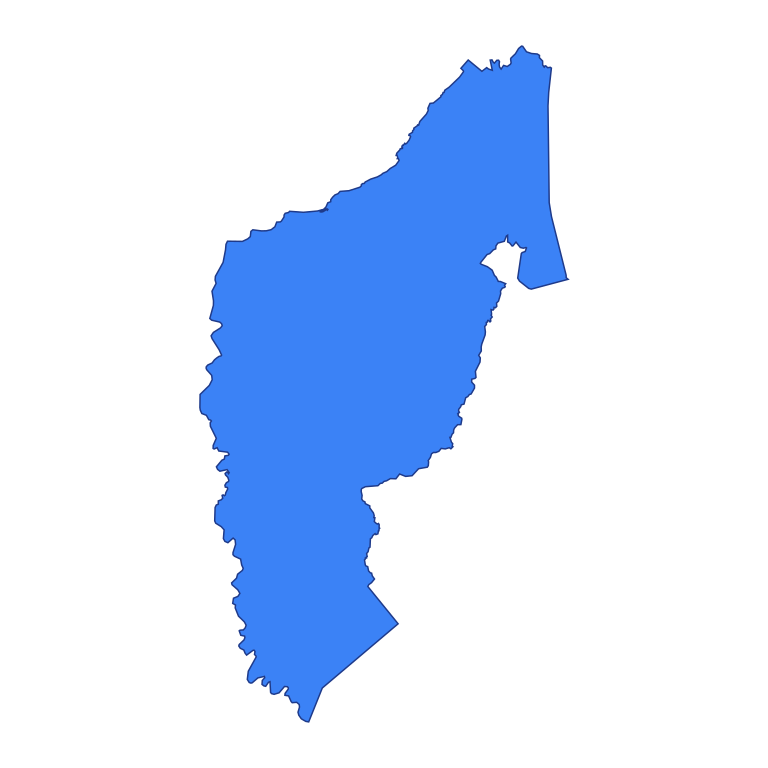 Chagres, Colón, Panama
{"feature_id": "35544464B20659112060965", "entity_name": "Chagres", "entity_type": "district", "adm_level": 2, "iso_a3": "PAN", "parent_name": "Panama", "parent_adm1": "Colón", "projection": "natural_earth1", "projection_center": [-80.103, 9.121], "detail": "fine", "context": "isolated", "style": "filled", "palette": "blue", "viewbox_px": 768, "rotation_deg": 0, "n_neighbors": 0, "source": "geoboundaries", "source_scale": "gbopen_adm2", "svg_char_len": 6082}
<svg xmlns="http://www.w3.org/2000/svg" viewBox="0 0 768 768"><path d="M305.8,721.4L308.7,721.9L322.3,688.0L398.1,623.8L367.8,586.5L368.8,584.6L371.5,582.7L374.5,579.0L372.3,575.9L371.6,573.1L370.4,572.9L368.6,571.0L367.7,566.6L366.0,566.0L365.3,564.9L364.5,559.9L365.3,559.1L365.4,557.9L366.5,558.0L366.5,556.9L367.2,556.6L366.6,553.5L368.1,551.7L368.9,548.0L370.0,547.2L370.4,538.8L371.8,537.7L372.8,535.5L375.1,533.6L375.9,534.6L377.9,533.8L378.4,530.8L378.9,530.8L379.1,528.8L379.7,528.2L379.1,527.5L379.2,524.7L378.5,523.5L377.7,524.0L376.5,523.6L374.3,521.6L374.9,517.7L373.8,517.6L374.2,515.6L373.4,512.9L369.8,507.9L369.8,505.9L365.3,503.6L364.9,501.8L363.1,501.0L361.7,499.1L362.1,495.4L361.2,491.6L361.3,489.4L361.8,488.5L365.4,486.7L377.9,485.7L380.3,483.4L382.3,483.1L384.0,481.4L386.6,480.8L390.4,478.6L395.9,478.8L399.6,474.0L405.6,476.4L412.1,475.7L418.6,468.7L427.3,467.2L428.3,465.7L428.6,461.9L428.2,460.6L430.4,457.4L431.5,453.8L433.4,452.5L435.8,452.5L438.9,451.3L441.2,448.4L445.3,448.9L449.3,447.7L450.9,448.8L452.9,446.8L452.2,446.5L452.7,443.6L451.5,442.3L449.9,437.4L450.9,437.4L452.1,434.2L453.5,432.8L453.7,429.8L454.7,427.8L457.6,424.7L460.9,424.6L461.9,419.3L461.7,418.2L458.8,416.3L458.0,414.8L458.5,413.7L458.0,413.4L459.4,412.3L458.6,410.9L458.7,409.3L460.7,406.7L461.3,404.8L464.0,404.1L465.7,397.7L467.8,396.6L469.4,394.5L471.1,394.0L474.5,388.1L474.5,385.2L471.7,382.1L471.7,379.2L475.0,378.4L476.0,377.4L475.4,371.3L480.0,362.1L480.3,357.9L478.7,355.3L481.3,351.0L481.2,346.9L481.8,344.0L485.1,335.0L485.4,331.9L484.7,326.5L486.4,324.6L486.3,322.4L487.5,322.0L487.7,320.5L488.7,320.5L490.0,321.9L490.8,321.1L490.5,318.9L492.2,317.0L491.1,315.1L491.6,314.2L491.1,309.6L493.0,310.1L493.9,309.1L494.0,307.4L495.5,307.7L496.8,306.3L496.5,303.0L498.5,301.1L500.7,293.7L500.5,291.0L502.3,288.2L504.8,287.3L505.2,286.6L504.5,285.2L505.7,283.7L500.4,281.5L498.3,281.4L496.1,277.0L494.4,275.4L492.2,270.2L487.4,266.7L481.3,264.3L480.3,263.4L481.0,262.1L487.1,254.5L489.7,253.6L493.4,249.8L495.7,248.9L496.0,245.8L497.9,243.1L504.3,241.3L506.4,236.0L507.6,235.2L507.7,242.0L509.6,242.9L512.1,246.0L513.0,245.8L516.0,242.1L520.3,247.5L523.4,248.2L526.0,247.5L526.5,247.9L525.2,251.5L522.1,252.6L521.3,253.6L517.7,278.1L519.5,281.1L528.7,288.4L531.3,289.1L568.1,279.3L566.2,277.7L566.1,275.1L551.5,216.7L549.2,202.6L548.0,105.8L548.7,92.4L551.4,68.1L550.3,67.3L547.7,67.7L545.8,65.9L545.0,65.9L544.2,67.1L542.7,65.0L542.6,61.0L539.4,57.7L539.5,55.4L537.3,54.0L531.5,53.5L526.5,51.8L522.7,46.3L521.5,46.1L518.6,48.5L515.4,53.8L511.1,57.9L510.6,59.0L511.1,62.9L510.4,64.3L507.2,66.5L503.6,65.4L501.1,69.1L499.5,66.9L499.1,64.1L499.5,61.7L498.6,60.2L496.8,60.3L494.4,63.1L493.3,62.3L492.0,59.9L490.2,60.1L492.3,70.3L488.5,69.0L486.7,67.6L481.9,71.3L468.2,60.0L460.9,68.3L463.4,70.8L463.5,71.7L459.6,77.1L449.1,87.2L444.8,90.2L444.1,92.4L443.1,92.5L442.4,94.5L440.9,95.5L440.9,96.8L433.4,103.0L430.0,103.4L427.9,108.2L428.2,110.5L426.4,114.1L419.9,121.4L418.6,125.2L417.6,124.9L417.2,125.8L413.8,128.2L413.9,129.5L412.6,130.8L412.5,132.3L409.1,134.3L408.9,135.4L410.0,135.6L410.6,136.7L409.1,140.2L406.6,143.4L405.4,144.0L404.8,143.3L403.4,145.1L403.0,144.4L403.2,145.2L402.6,145.2L401.9,146.3L402.5,147.7L401.8,147.9L402.1,148.5L400.2,148.8L399.8,149.9L396.8,153.2L396.2,155.3L397.0,155.2L397.8,157.8L397.3,158.6L398.4,158.7L399.1,160.5L395.7,165.2L390.2,168.5L386.8,171.6L382.9,173.3L381.2,174.8L377.4,176.9L370.7,179.1L365.2,182.0L364.3,183.4L362.6,183.6L361.4,184.5L361.3,185.9L359.9,187.2L349.0,190.7L340.1,191.4L338.0,193.7L335.0,194.9L332.7,197.1L330.8,199.6L330.7,201.7L327.8,202.8L325.9,207.1L323.1,209.8L323.5,210.3L325.3,209.0L327.2,208.9L327.9,209.4L327.4,210.2L326.7,209.5L322.8,211.8L321.1,212.0L319.6,211.7L322.8,210.9L322.2,209.7L317.6,211.0L303.4,212.3L289.6,211.3L288.5,212.5L285.2,213.3L284.1,215.0L284.0,217.0L281.4,221.1L280.3,221.9L276.7,222.1L274.9,226.8L271.1,229.7L266.3,230.8L261.4,230.9L252.8,229.8L250.9,231.4L250.3,236.6L247.7,238.9L242.4,241.4L227.5,241.2L226.0,244.3L225.5,249.9L223.1,262.4L215.4,276.3L215.1,280.0L216.1,283.4L212.0,291.2L213.5,300.8L213.4,305.4L209.8,318.5L211.7,320.2L219.8,322.1L221.6,323.7L222.2,325.7L220.5,327.9L213.4,332.4L211.1,335.8L212.1,338.7L219.1,349.7L221.6,355.1L220.9,356.0L219.0,356.4L216.8,357.9L214.5,359.8L212.1,363.0L207.8,365.0L206.3,366.7L206.1,368.1L206.7,369.7L211.7,375.4L212.2,379.7L209.3,385.4L200.1,394.4L199.9,407.5L200.3,410.2L201.8,413.5L206.4,415.3L208.8,419.7L210.6,420.1L211.4,421.0L210.2,422.8L210.4,426.3L216.3,438.3L213.2,445.4L213.1,448.4L214.1,449.0L217.1,447.7L218.8,451.0L227.6,452.2L229.1,454.2L228.4,455.3L224.9,455.9L224.3,459.1L221.9,460.2L216.4,466.8L217.6,469.4L219.9,471.2L227.1,469.6L229.2,472.7L228.5,473.7L227.7,472.3L226.7,472.0L225.1,473.5L225.5,474.9L227.8,477.3L228.8,480.3L228.5,481.5L226.4,482.7L224.9,485.2L225.3,487.1L227.4,487.5L227.7,489.0L225.8,492.7L225.3,495.0L224.4,495.7L223.1,494.9L222.1,495.4L222.7,498.3L221.2,499.8L218.3,500.9L218.3,504.2L216.3,505.0L215.1,507.5L214.7,520.9L215.7,523.2L221.2,526.6L224.1,529.8L223.4,538.6L224.9,541.4L227.9,542.7L233.1,538.1L235.1,539.9L235.6,544.4L233.0,552.6L233.0,554.7L234.4,556.2L240.6,559.1L241.7,565.0L243.2,568.3L242.4,570.4L237.6,574.2L236.5,578.2L231.6,582.9L232.0,584.7L237.8,589.8L239.9,593.4L237.9,596.4L233.5,598.2L232.7,603.4L235.5,605.0L235.2,607.9L238.5,616.2L244.3,621.8L246.1,625.2L245.3,627.7L243.4,629.9L240.0,630.2L239.2,630.8L240.8,635.3L244.6,636.1L244.9,637.5L244.1,639.8L239.2,644.5L238.8,646.0L240.3,648.3L243.8,650.0L245.1,653.2L246.6,655.1L253.1,650.3L254.1,650.2L255.0,651.5L254.5,654.4L256.1,656.2L256.1,657.1L248.3,671.2L247.3,679.4L249.2,682.5L250.9,683.1L252.2,682.8L257.9,677.9L264.4,676.4L264.7,677.8L262.3,680.4L262.0,684.4L263.9,685.9L265.7,686.3L268.5,682.3L270.0,681.7L270.6,692.4L271.5,693.6L274.1,694.3L279.1,692.8L284.5,686.5L287.4,686.7L288.3,687.8L288.3,689.0L285.1,693.4L284.9,695.3L288.6,695.9L291.1,701.5L292.2,702.7L296.7,702.3L299.2,704.5L299.5,707.1L298.0,712.2L298.8,715.2L301.3,718.8L305.8,721.4Z" fill="#3b82f6" stroke="#1e3a8a" stroke-width="1.5"/></svg>